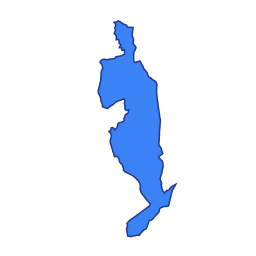 outline of Suna East, Nyanza, Kenya, rotated 58°
{"feature_id": "3690345B51291176928549", "entity_name": "Suna East", "entity_type": "district", "adm_level": 2, "iso_a3": "KEN", "parent_name": "Kenya", "parent_adm1": "Nyanza", "projection": "mercator", "projection_center": [34.508, -1.066], "detail": "fine", "context": "isolated", "style": "filled", "palette": "blue", "viewbox_px": 256, "rotation_deg": 58, "n_neighbors": 0, "source": "geoboundaries", "source_scale": "gbopen_adm2", "svg_char_len": 4423}
<svg xmlns="http://www.w3.org/2000/svg" viewBox="0 0 256 256"><g transform="rotate(58 128 128)"><path d="M201.1,117.4L201.0,119.6L200.9,121.9L201.2,124.1L202.0,125.3L202.2,126.6L201.5,128.2L201.9,129.5L202.2,131.8L199.9,131.8L196.8,131.2L194.5,130.2L192.7,128.8L191.1,128.3L189.1,128.2L187.1,127.0L186.0,125.6L184.9,124.1L183.7,122.7L182.3,121.6L180.7,120.0L179.0,118.5L177.4,117.6L175.8,116.9L173.9,116.5L172.0,117.0L170.4,117.5L168.5,117.2L168.5,116.7L168.4,115.9L168.4,114.4L168.1,112.0L167.6,111.8L166.0,111.7L163.9,110.9L161.7,110.6L159.3,110.8L157.3,110.0L155.9,108.8L154.0,107.5L150.9,105.3L147.5,103.0L143.0,99.6L141.6,98.7L140.4,97.7L139.1,96.8L137.3,95.9L134.9,95.0L133.1,94.1L130.5,93.0L126.0,91.0L122.9,89.6L120.8,88.7L118.4,87.6L116.8,86.8L114.9,86.0L112.0,84.3L109.3,82.6L106.6,80.4L104.4,79.9L101.9,80.5L99.5,81.8L97.6,82.1L96.0,83.3L93.8,83.1L91.5,82.5L89.1,82.6L86.2,83.2L83.4,82.6L81.2,82.7L79.3,82.3L77.4,82.5L77.2,83.4L77.0,84.3L76.6,85.8L76.1,87.4L74.6,87.7L73.3,87.1L72.6,86.7L71.9,86.3L70.5,85.3L69.8,84.9L69.0,84.4L67.5,83.3L66.8,82.7L66.3,81.9L65.5,80.5L64.4,78.8L63.2,78.4L61.4,78.7L58.8,78.8L57.2,77.4L56.1,76.5L54.2,75.9L52.1,75.7L49.3,73.6L47.6,72.1L47.2,71.8L46.0,71.0L45.4,70.5L43.9,72.5L43.0,74.0L42.1,75.1L40.2,74.7L38.1,76.2L36.0,77.5L33.4,78.4L32.0,79.5L31.8,81.7L31.1,83.8L32.8,83.5L33.5,83.7L35.0,84.4L35.9,86.0L38.2,86.8L39.4,88.0L40.6,89.7L42.7,89.0L45.0,89.8L46.9,91.3L47.3,89.9L48.5,89.0L50.0,89.7L51.5,90.7L52.8,90.1L54.0,89.9L54.4,91.7L55.2,92.8L55.9,91.8L56.8,90.7L57.9,91.9L59.2,91.8L59.6,89.8L61.6,90.5L63.6,92.1L63.4,93.9L63.2,95.6L62.1,98.3L61.2,100.4L62.1,102.4L60.7,105.3L59.7,107.5L59.0,109.9L57.8,110.8L56.6,112.7L56.4,114.6L56.7,116.1L57.6,116.9L59.4,116.6L61.5,116.8L64.0,117.8L65.5,120.0L66.9,121.6L68.7,122.7L70.7,124.1L72.3,125.3L73.6,126.2L75.1,128.0L76.8,129.5L78.0,130.9L79.4,132.3L80.8,133.7L82.7,134.6L85.6,134.9L87.7,135.2L89.3,135.9L90.9,136.7L92.8,136.9L94.8,137.5L96.6,138.4L97.0,138.0L98.4,136.9L98.8,136.6L100.5,135.4L100.4,133.4L100.0,131.7L100.2,130.1L100.2,128.2L99.8,126.2L99.6,123.9L99.8,122.1L100.3,120.5L100.6,118.9L100.7,117.4L101.7,115.7L103.7,116.5L105.1,118.1L107.7,118.8L109.4,120.2L111.0,120.6L112.5,119.8L112.8,117.8L114.4,119.0L115.4,120.2L115.2,121.6L115.6,123.8L117.0,124.9L117.8,126.5L119.3,126.8L120.1,128.4L119.5,130.9L118.8,133.1L119.3,134.8L120.8,135.7L122.1,138.0L122.4,140.2L120.8,140.2L119.5,140.7L119.0,142.3L120.8,143.6L120.8,146.1L122.8,145.7L124.5,145.5L126.9,147.0L128.1,148.7L130.1,150.4L132.1,151.2L134.0,151.4L136.3,152.3L138.3,152.7L140.1,153.4L142.2,153.4L143.6,154.4L145.2,154.7L146.2,152.3L148.1,151.8L150.0,152.2L151.9,153.1L154.2,152.9L156.0,152.2L157.5,152.8L158.8,152.9L159.4,153.0L160.7,153.6L161.0,154.2L163.6,153.8L165.4,152.6L167.3,151.4L167.8,151.2L169.8,149.8L171.3,149.1L173.5,148.3L175.0,147.9L177.6,147.4L180.1,147.2L181.9,147.5L184.0,148.5L186.3,150.2L188.7,150.8L190.8,151.0L192.8,150.8L194.2,150.6L194.8,150.6L195.5,150.5L197.3,150.4L199.7,150.1L202.0,149.6L204.2,149.2L204.8,149.9L205.3,150.5L205.7,152.1L205.5,153.7L206.0,155.6L205.9,157.6L206.2,159.4L206.4,162.0L206.7,166.3L206.8,168.3L207.0,170.5L207.0,172.3L207.1,173.0L207.1,174.5L207.2,175.3L207.5,177.0L208.4,179.5L209.5,179.8L210.5,180.1L211.1,180.8L211.9,181.7L212.8,182.6L213.7,183.2L214.7,183.6L216.3,184.2L217.6,184.7L218.1,184.9L218.6,185.1L219.4,185.5L220.4,184.5L220.7,184.0L221.2,183.5L221.7,183.1L221.9,182.4L222.1,181.5L222.5,180.5L222.8,179.8L223.2,178.9L223.3,178.2L223.7,177.2L224.1,176.6L224.5,176.1L224.9,175.7L224.9,174.8L224.3,174.4L224.1,173.4L223.8,172.3L223.4,170.6L223.2,169.9L223.0,169.2L222.9,168.6L222.8,168.1L222.8,167.5L223.1,166.7L223.2,166.1L222.9,165.7L222.5,165.2L222.1,164.5L221.7,163.9L221.0,163.2L220.5,162.7L220.0,161.9L219.0,160.8L218.6,160.2L218.2,159.6L218.0,158.9L218.1,157.9L218.3,157.0L218.5,156.1L218.4,155.5L218.0,154.8L217.9,154.1L217.7,153.7L217.4,152.9L217.2,152.1L216.8,150.6L216.7,149.8L216.4,148.7L216.1,148.0L215.9,146.7L213.6,144.2L213.1,143.7L213.0,142.9L213.2,141.3L213.5,139.8L213.6,139.3L214.0,138.5L215.2,136.3L215.6,135.5L215.3,134.8L214.8,134.1L214.3,133.6L213.8,133.1L213.2,132.5L212.6,131.8L211.6,131.0L210.8,130.2L210.5,129.8L210.1,129.4L209.5,128.8L208.2,127.4L206.7,125.9L206.2,125.4L205.6,124.8L205.0,124.2L204.4,123.6L204.0,122.9L203.6,122.0L203.2,121.2L202.8,120.5L202.3,119.7L201.9,118.8L201.4,117.9L201.1,117.4Z" fill="#3b82f6" stroke="#1e3a8a" stroke-width="1.5"/></g></svg>